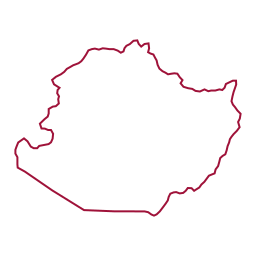 outline of Miracema, Rio de Janeiro, Brazil
{"feature_id": "56859067B79621810451364", "entity_name": "Miracema", "entity_type": "district", "adm_level": 2, "iso_a3": "BRA", "parent_name": "Brazil", "parent_adm1": "Rio de Janeiro", "projection": "robinson", "projection_center": [-42.142, -21.39], "detail": "fine", "context": "isolated", "style": "outline", "palette": "rose", "viewbox_px": 256, "rotation_deg": 0, "n_neighbors": 0, "source": "geoboundaries", "source_scale": "gbopen_adm2", "svg_char_len": 1902}
<svg xmlns="http://www.w3.org/2000/svg" viewBox="0 0 256 256"><path d="M52.1,79.9L54.0,84.3L59.5,87.8L57.6,90.0L57.2,93.3L59.0,96.3L58.2,99.2L58.8,103.5L55.8,106.2L52.8,106.6L48.7,109.0L48.7,113.5L47.7,116.6L44.5,119.2L39.9,123.7L41.5,128.5L44.8,128.6L48.1,130.0L51.0,130.0L53.1,133.8L52.6,138.7L51.0,142.3L48.6,144.1L39.2,145.9L37.2,148.2L33.7,148.2L30.8,146.6L27.5,141.3L24.0,138.4L18.2,142.5L16.5,146.7L15.4,149.8L15.4,153.6L17.4,157.2L17.4,164.4L17.7,167.6L24.9,171.6L52.4,190.5L57.1,193.4L84.0,210.1L89.1,210.3L113.6,211.3L144.6,211.4L148.2,212.2L151.4,214.5L154.0,215.6L156.6,214.4L159.8,211.4L163.6,206.4L165.8,203.4L167.8,200.4L168.7,196.9L170.3,193.7L173.6,192.4L176.2,192.1L179.7,193.4L183.2,192.9L185.7,190.8L187.8,188.0L191.6,188.2L194.1,190.8L196.4,189.3L199.3,187.5L201.4,184.5L204.3,181.9L206.6,178.8L208.9,175.7L212.0,174.4L214.6,173.4L215.6,169.4L218.1,166.1L219.4,161.4L220.2,158.1L222.6,155.9L225.3,154.3L226.6,150.5L227.6,146.1L229.1,142.5L229.9,139.2L231.4,136.9L233.6,134.1L236.8,130.9L239.6,127.2L238.1,122.0L239.8,118.6L240.6,113.8L237.4,110.5L235.0,107.1L232.9,104.6L231.5,101.2L232.5,96.3L233.6,92.0L235.0,88.0L236.2,84.5L236.0,80.7L232.8,80.7L229.6,82.2L225.9,84.0L224.6,87.7L222.3,90.0L219.4,89.4L215.4,90.5L211.3,90.5L208.3,91.2L204.5,89.4L199.9,91.5L195.5,90.9L192.3,88.9L188.1,88.2L183.5,86.8L180.6,83.3L182.5,80.1L179.8,77.3L177.4,73.7L174.4,73.3L171.5,73.7L168.0,74.3L165.5,72.7L162.5,71.2L159.4,68.6L157.6,64.8L156.6,60.4L155.1,57.8L153.4,54.5L150.4,53.5L148.1,52.2L149.1,48.3L148.5,43.4L144.5,44.0L141.2,46.6L138.7,43.9L137.3,40.4L133.5,40.8L129.8,44.1L126.4,45.8L124.5,48.2L123.5,51.4L120.8,52.7L117.7,50.6L113.6,49.1L109.2,49.1L105.8,48.6L102.7,48.3L98.9,49.6L94.9,48.6L91.9,49.1L88.4,50.4L86.0,54.7L83.4,58.6L81.3,61.2L78.6,63.2L75.8,64.3L73.3,65.2L70.4,66.9L66.8,68.9L64.2,71.9L60.9,74.3L55.9,76.8L52.1,79.9Z" fill="none" stroke="#9f1239" stroke-width="2"/></svg>